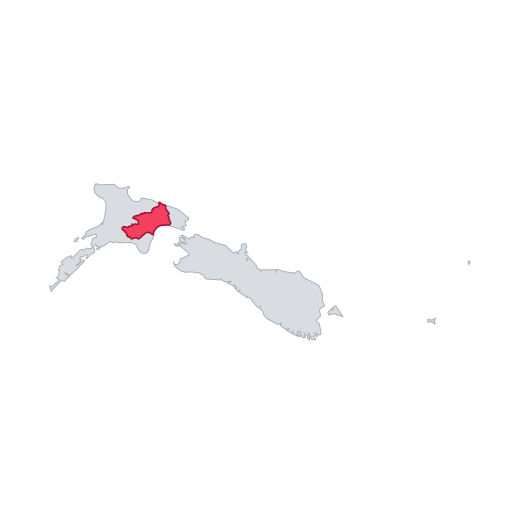 Manawatu-Wanganui highlighted on a map of New Zealand, rotated 258°
{"feature_id": "NZL-3334", "entity_name": "Manawatu-Wanganui", "entity_type": "Regional Council", "adm_level": 1, "iso_a3": "NZL", "parent_name": "New Zealand", "parent_adm1": "", "projection": "mercator", "projection_center": [175.592, -39.627], "detail": "fine", "context": "in_parent", "style": "filled", "palette": "rose", "viewbox_px": 512, "rotation_deg": 258, "n_neighbors": 0, "source": "natural_earth", "source_scale": "10m", "svg_char_len": 6743}
<svg xmlns="http://www.w3.org/2000/svg" viewBox="0 0 512 512"><g transform="rotate(258 256 256)"><path d="M270.9,190.7L272.8,190.8L281.1,184.4L284.5,183.0L285.4,182.8L283.6,184.8L284.0,186.2L282.1,190.6L283.7,189.9L284.7,186.8L285.8,186.2L285.4,184.5L290.4,185.1L288.7,188.1L286.0,189.9L287.7,190.1L291.5,186.9L291.5,188.7L286.5,194.0L288.1,196.9L286.8,199.3L288.2,199.0L290.1,200.9L289.0,203.3L283.6,209.5L282.8,212.6L277.9,218.1L272.6,228.4L262.8,235.1L264.6,236.9L261.2,239.4L263.9,238.9L265.8,243.0L270.2,244.2L270.5,248.0L267.6,249.1L264.8,247.3L260.8,248.0L262.1,246.4L260.4,245.4L257.4,248.6L253.1,244.8L255.5,249.2L246.9,254.3L243.3,254.7L242.0,257.4L240.0,257.7L241.2,258.5L238.5,272.6L236.0,272.6L238.3,274.1L237.9,275.6L235.1,279.7L231.1,290.7L232.6,293.2L232.4,295.1L225.1,297.9L214.4,311.3L204.8,313.2L199.3,311.6L193.0,312.6L191.9,308.8L189.8,306.7L184.1,306.8L181.5,302.7L179.1,301.7L176.3,303.9L167.5,303.5L165.8,302.8L165.5,301.3L168.9,297.1L165.8,299.4L164.5,299.1L165.7,297.3L165.6,295.5L161.9,297.3L162.2,293.7L170.3,291.3L167.1,291.0L166.9,289.8L170.1,287.1L165.9,287.4L166.6,284.2L168.9,284.2L168.1,281.9L172.8,284.3L172.2,282.1L174.0,281.4L170.8,279.9L170.7,277.5L172.3,275.8L174.5,276.6L173.1,274.6L177.0,270.7L177.9,273.7L178.2,269.4L183.2,265.3L185.2,266.9L184.3,263.1L192.7,253.5L197.4,251.0L200.0,251.4L204.2,248.5L206.1,249.6L205.4,247.5L205.9,246.5L216.9,241.0L216.9,239.3L218.1,239.0L217.3,238.5L223.5,232.6L226.1,233.0L224.6,231.3L227.1,229.8L229.7,231.0L228.2,229.1L230.5,228.0L231.7,229.6L231.8,227.3L235.6,222.6L236.2,226.3L236.7,225.8L236.5,222.1L239.2,217.7L241.2,216.8L240.2,215.5L244.0,202.1L248.1,200.4L251.6,196.4L254.0,189.0L254.8,183.5L257.0,179.4L263.0,174.2L268.0,174.2L264.6,174.7L264.1,177.4L265.1,179.7L268.8,181.3L270.9,190.7ZM268.4,49.9L273.6,58.8L276.3,56.1L276.7,58.2L281.9,60.6L282.8,59.8L287.1,62.1L287.8,65.3L290.7,64.2L294.3,71.0L293.8,72.7L295.0,75.1L291.9,75.3L298.6,85.7L297.8,89.5L298.9,91.9L297.3,96.6L300.1,98.0L301.1,96.9L306.8,99.8L308.2,104.2L310.8,104.1L309.9,93.5L308.2,90.8L309.4,89.1L313.1,94.7L314.6,94.5L316.3,99.0L318.1,108.9L320.4,112.0L319.2,111.5L318.9,112.3L320.1,113.3L331.0,118.3L339.3,120.5L344.0,118.5L346.7,114.5L351.4,111.4L355.7,111.6L360.0,114.2L357.7,119.8L355.6,132.2L350.8,135.8L349.7,142.1L350.7,144.7L349.7,146.7L347.7,144.0L343.4,143.2L336.0,146.4L334.0,149.5L333.8,153.5L336.6,156.0L332.2,166.4L329.6,169.3L318.0,189.3L307.0,198.0L305.5,197.2L304.6,193.8L299.9,193.9L300.2,189.9L299.6,189.5L297.9,191.7L295.9,191.0L304.5,176.4L306.0,169.2L304.4,165.5L302.0,162.0L294.7,159.0L291.2,155.4L284.3,152.5L282.3,150.7L281.5,148.4L282.8,144.6L286.6,142.3L292.0,140.9L295.2,137.1L297.2,125.4L299.2,121.1L298.6,118.5L300.7,116.6L297.4,109.2L298.0,106.9L297.0,106.6L295.0,101.9L296.3,101.7L297.5,104.3L298.6,102.2L300.7,101.7L298.3,98.7L295.3,99.6L293.2,98.7L291.7,94.3L288.5,89.5L289.4,89.3L292.0,91.7L292.9,89.9L291.2,87.1L291.9,84.3L289.8,82.8L289.6,84.5L286.0,81.9L284.0,77.6L284.0,79.8L288.1,86.1L287.0,87.4L286.3,86.8L275.7,70.2L279.3,65.7L277.1,66.5L275.1,69.3L274.1,68.2L273.5,66.1L270.9,63.4L272.1,61.7L272.1,59.6L264.1,48.3L269.7,47.8L268.4,49.9ZM186.0,314.7L189.1,319.7L187.4,319.3L187.4,320.4L190.7,321.5L190.7,323.7L178.8,328.3L183.4,319.8L183.1,314.8L186.0,314.7ZM156.7,415.0L157.8,418.4L154.0,416.6L152.0,417.4L155.0,414.1L155.5,410.4L158.2,410.9L156.7,415.0ZM310.3,83.0L310.9,86.2L307.6,83.9L307.4,82.2L308.3,81.0L310.3,83.0ZM284.0,181.7L281.8,182.9L282.3,180.1L284.8,178.4L284.0,181.7ZM166.1,290.0L165.8,291.8L162.5,291.0L165.1,289.1L166.1,290.0ZM206.1,462.2L207.0,463.6L205.2,464.2L203.5,462.2L206.1,462.2ZM169.9,278.9L170.6,281.7L168.5,280.3L169.9,278.9Z" fill="#d9dde1" stroke="#a8b0b8" stroke-width="1"/><path d="M304.2,177.5L304.6,176.1L304.8,175.7L304.9,175.3L305.0,174.0L305.1,173.5L305.1,173.4L305.1,173.2L305.3,173.1L305.5,173.0L305.4,172.7L305.4,172.3L305.3,172.0L305.4,171.8L305.5,171.5L305.7,170.2L305.8,169.4L305.8,169.1L305.7,169.0L305.4,168.4L305.2,167.0L304.9,165.9L304.7,165.3L304.4,164.8L303.2,163.5L302.8,162.9L301.3,161.2L300.2,160.5L299.3,160.0L298.8,160.0L298.1,160.0L298.6,159.1L298.9,158.8L299.3,158.5L299.7,158.0L300.2,157.7L300.6,157.5L300.8,157.2L300.8,156.9L300.8,156.5L300.9,156.3L301.0,156.2L301.4,156.1L301.7,155.8L301.6,155.6L301.5,154.5L301.7,153.5L301.6,152.9L301.4,152.2L300.6,151.5L300.1,150.9L300.0,150.5L300.0,150.0L300.0,149.8L300.1,149.6L300.0,149.3L299.7,149.1L299.0,148.6L299.0,148.3L298.3,147.3L297.9,146.3L297.3,145.6L297.2,144.7L297.6,143.8L298.6,142.7L298.9,141.5L298.9,140.9L298.7,140.1L298.8,139.7L298.7,139.0L298.5,138.2L298.9,137.4L299.0,137.3L299.4,137.1L299.7,137.0L300.3,136.6L300.9,136.4L300.9,136.2L301.3,135.3L301.2,134.9L301.4,134.7L302.4,134.5L302.8,134.3L303.1,134.0L303.3,134.0L303.5,134.1L303.6,133.9L303.8,133.8L304.5,133.9L305.2,134.0L305.5,133.9L306.2,133.6L306.5,133.3L306.5,133.2L306.8,133.0L306.8,132.6L307.3,132.4L307.7,132.6L308.0,132.6L308.6,131.8L309.5,130.8L310.4,130.7L311.2,131.0L311.9,131.5L312.1,132.1L312.2,132.7L312.2,133.0L312.1,133.5L311.7,134.1L311.5,134.8L311.1,135.6L310.5,136.5L310.8,137.1L311.3,137.5L311.3,138.1L311.0,138.7L311.1,139.2L311.4,139.6L311.4,140.0L311.2,141.0L311.7,141.3L312.3,141.3L312.8,141.3L312.8,141.7L312.5,142.3L312.3,142.8L312.2,143.2L312.4,143.6L312.5,144.0L312.3,145.0L311.9,145.9L311.6,146.7L311.6,147.5L313.1,147.9L314.6,147.9L315.2,148.0L315.9,147.6L316.1,147.4L316.2,147.1L316.3,146.7L316.5,146.5L316.6,146.2L316.8,145.9L317.4,145.7L317.9,145.1L318.0,145.0L318.1,144.2L318.7,143.5L318.9,143.5L319.7,144.4L320.2,145.8L320.2,147.3L320.5,148.1L320.3,148.7L319.9,149.4L320.3,150.1L320.3,150.8L320.7,151.2L320.6,151.8L321.0,152.2L321.2,152.3L321.3,152.3L321.5,152.4L321.5,152.5L321.4,152.6L321.4,152.8L321.1,153.4L320.8,153.8L320.7,154.0L320.7,154.3L321.0,154.5L321.3,154.7L321.2,155.0L321.4,155.5L321.6,156.0L321.4,156.2L321.3,156.4L321.3,156.7L320.6,159.5L320.4,160.9L320.0,162.5L320.1,163.0L320.4,163.3L320.7,163.4L321.8,163.4L322.8,164.2L323.0,164.4L323.3,164.4L323.4,164.5L323.5,164.6L323.6,164.8L323.6,165.1L323.6,165.4L323.8,165.7L324.4,166.2L324.4,166.6L324.3,167.0L324.3,167.6L324.8,168.7L324.8,169.4L324.7,170.1L324.7,170.8L325.2,171.3L325.8,171.7L327.5,171.9L328.0,172.2L328.7,172.8L328.4,173.4L328.0,173.5L327.6,173.4L327.2,173.5L326.3,175.0L325.3,176.0L325.2,176.3L325.1,176.5L325.1,176.8L325.0,177.0L324.6,177.6L324.3,177.7L324.1,177.8L324.0,178.0L322.5,177.8L321.5,177.7L320.6,177.8L319.8,178.0L318.2,178.8L316.8,179.4L315.5,179.7L315.0,179.7L314.8,178.8L314.4,178.4L313.7,178.0L313.3,178.4L312.4,178.9L311.5,178.8L309.7,178.3L309.3,178.5L308.9,179.1L308.4,179.1L307.9,179.1L307.3,179.1L306.5,179.5L306.2,179.5L305.5,179.3L305.1,178.7L304.4,178.1L304.2,177.5Z" fill="#f43f5e" stroke="#9f1239" stroke-width="1.5"/></g></svg>